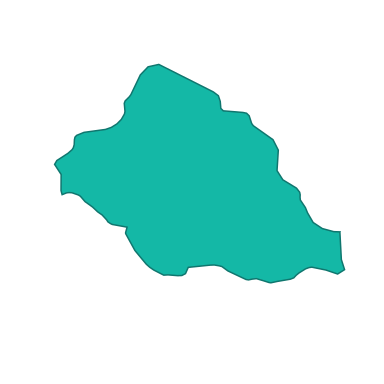 Khost, Mercator projection, rotated 247°
{"feature_id": "AFG-1758", "entity_name": "Khost", "entity_type": "Province", "adm_level": 1, "iso_a3": "AFG", "parent_name": "Afghanistan", "parent_adm1": "", "projection": "mercator", "projection_center": [69.796, 33.377], "detail": "fine", "context": "isolated", "style": "filled", "palette": "teal", "viewbox_px": 384, "rotation_deg": 247, "n_neighbors": 0, "source": "natural_earth", "source_scale": "10m", "svg_char_len": 1392}
<svg xmlns="http://www.w3.org/2000/svg" viewBox="0 0 384 384"><g transform="rotate(247 192 192)"><path d="M240.3,71.4L244.5,72.0L259.3,78.4L271.1,76.3L273.8,79.9L276.1,93.0L277.8,98.1L279.0,99.9L281.5,102.0L286.1,104.2L288.2,105.7L289.2,107.9L289.1,115.9L283.4,136.8L283.0,143.0L284.0,149.4L286.4,155.3L290.2,160.3L292.4,161.8L300.1,164.3L302.0,166.1L304.1,171.4L305.5,173.8L320.0,190.2L324.4,200.5L322.4,211.3L275.7,250.8L270.3,253.9L264.3,253.4L257.7,251.2L254.5,252.5L245.3,270.0L243.2,273.0L239.8,274.4L231.8,273.7L229.1,274.3L208.5,287.0L196.8,287.8L178.4,278.6L167.7,280.4L154.7,289.7L149.7,291.0L147.2,290.5L144.9,289.4L142.3,288.6L133.3,290.3L127.7,290.2L116.6,291.6L107.4,297.7L100.1,307.0L97.5,312.6L97.4,312.5L71.5,303.1L60.9,302.1L59.6,294.0L67.9,284.7L76.0,272.9L76.7,270.2L76.9,266.6L75.7,259.0L74.7,255.5L73.6,253.0L73.2,252.2L73.3,248.5L76.3,235.8L77.6,229.1L78.6,227.5L82.3,223.2L87.1,217.4L88.3,213.3L89.0,209.7L90.4,207.5L105.3,194.2L111.7,190.4L113.4,188.2L116.1,184.0L117.6,180.1L124.1,159.1L119.4,154.1L119.1,150.0L120.6,146.1L125.1,137.5L126.5,133.5L135.0,126.4L139.2,123.7L143.4,121.7L160.4,116.6L179.3,114.7L180.1,114.8L180.5,115.0L185.0,118.5L193.3,105.9L194.8,104.6L197.4,102.9L199.5,102.6L206.0,100.3L210.6,97.4L217.0,94.6L224.9,89.8L231.7,87.6L233.6,86.3L238.2,81.2L239.5,78.6L240.2,76.3L240.3,71.4Z" fill="#14b8a6" stroke="#0f766e" stroke-width="1.5"/></g></svg>